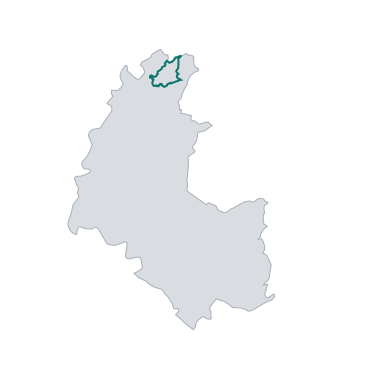 Nzerekore, Nzérékoré, Guinea shown in context, rotated 216°
{"feature_id": "49546643B90650861539484", "entity_name": "Nzerekore", "entity_type": "district", "adm_level": 2, "iso_a3": "GIN", "parent_name": "Guinea", "parent_adm1": "Nzérékoré", "projection": "natural_earth1", "projection_center": [-8.827, 7.893], "detail": "fine", "context": "in_parent", "style": "outline", "palette": "teal", "viewbox_px": 384, "rotation_deg": 216, "n_neighbors": 0, "source": "geoboundaries", "source_scale": "gbopen_adm2", "svg_char_len": 7401}
<svg xmlns="http://www.w3.org/2000/svg" viewBox="0 0 384 384"><g transform="rotate(216 192 192)"><path d="M229.6,251.3L226.9,250.8L225.7,251.4L222.1,256.2L220.0,258.1L216.7,257.5L215.5,257.9L214.6,257.3L215.8,254.7L217.5,249.4L221.9,244.1L222.0,243.0L220.2,240.0L218.3,235.7L218.3,231.2L218.0,228.0L214.1,227.1L213.4,226.5L213.3,225.4L215.5,219.8L215.7,218.6L215.4,217.6L213.0,214.7L209.3,209.4L203.0,198.5L200.6,196.2L198.3,192.8L197.5,190.7L195.1,189.9L172.9,190.1L172.5,192.9L164.8,194.9L160.1,192.7L154.9,193.9L152.3,195.4L150.3,201.8L149.2,203.1L148.1,206.0L147.0,207.6L145.9,210.7L143.4,215.2L140.7,218.1L136.3,219.7L134.9,224.4L133.8,226.2L132.1,227.5L130.3,228.4L126.6,227.5L124.6,228.4L124.2,227.2L125.4,223.5L124.5,221.5L121.0,217.6L120.7,215.7L119.6,213.3L115.0,208.3L110.8,208.6L112.0,204.4L111.9,198.9L110.5,195.8L110.9,192.7L110.1,192.9L108.6,195.1L106.3,194.4L101.6,191.1L99.3,187.9L99.0,185.1L98.5,184.1L97.1,184.6L94.1,184.6L85.2,179.7L78.9,167.5L78.8,164.7L79.7,160.0L79.5,158.7L76.6,161.9L76.0,159.7L73.8,154.8L73.2,152.0L71.1,150.7L69.4,150.5L68.0,151.5L66.2,157.2L64.9,157.2L63.6,155.9L63.9,151.7L67.4,146.3L73.2,132.8L75.3,129.7L76.6,128.6L79.3,128.5L84.6,126.7L91.1,122.4L96.1,122.8L102.0,122.3L109.7,119.4L109.8,110.3L109.6,108.2L106.8,106.4L105.3,104.9L103.9,102.8L102.3,101.4L102.3,99.9L105.7,98.0L108.8,98.0L109.9,97.2L110.7,95.9L111.6,92.7L111.9,89.2L109.9,84.6L110.0,81.3L121.2,81.8L127.4,82.7L132.5,82.9L133.3,83.7L132.5,86.9L133.2,88.7L134.9,89.3L137.7,87.0L139.2,87.5L142.4,90.3L145.3,91.1L148.5,92.6L151.5,93.4L154.2,93.3L156.2,94.8L159.9,95.3L164.8,93.4L168.6,92.5L173.9,92.3L176.7,92.9L184.9,91.3L191.3,92.2L190.3,93.3L187.4,100.6L187.7,101.9L194.2,108.0L195.7,108.5L197.5,107.6L200.3,104.8L202.5,101.7L204.7,100.2L207.1,100.3L209.1,102.5L213.7,111.6L214.9,112.8L216.0,112.7L218.1,111.0L219.1,109.0L223.4,103.0L230.0,100.0L245.8,106.9L248.2,107.4L249.5,106.9L251.5,102.8L257.5,99.4L260.3,98.4L261.9,98.3L262.6,97.2L262.9,95.5L262.5,93.8L260.7,90.7L260.6,89.8L261.7,89.2L264.0,88.7L266.9,89.0L270.2,90.4L272.9,92.3L274.4,94.6L277.4,104.2L280.7,111.8L280.6,121.9L282.1,122.9L283.7,123.4L284.4,124.2L286.0,128.3L287.6,129.5L289.4,129.8L292.8,132.5L295.0,133.6L295.3,134.4L295.2,135.5L294.4,136.9L291.1,139.7L289.4,142.0L286.1,147.8L286.0,148.8L286.7,149.6L288.1,149.8L289.6,149.4L292.7,147.3L295.1,148.0L297.5,149.6L298.3,151.3L298.5,153.4L298.0,156.3L297.9,159.4L298.7,164.7L299.9,170.1L301.2,172.0L309.0,176.7L309.7,178.5L310.1,180.5L309.6,183.2L308.8,184.7L304.5,188.9L303.8,190.9L304.2,194.6L304.5,210.3L306.2,212.9L308.2,214.2L312.9,213.5L312.7,217.8L312.1,222.7L314.9,224.2L316.2,225.7L317.0,227.1L312.7,229.7L311.4,231.2L310.8,235.3L311.0,239.0L316.8,241.7L319.1,244.8L320.1,248.1L320.4,254.3L319.9,255.7L318.4,255.7L315.4,252.0L310.9,251.6L307.6,250.8L301.9,251.3L301.0,252.4L300.3,260.6L301.7,262.0L304.4,263.6L306.1,264.2L307.6,264.0L308.7,265.0L308.9,267.7L308.2,269.7L306.7,271.6L304.9,276.3L305.3,280.6L302.1,287.5L301.2,288.9L297.0,287.5L294.3,287.1L292.3,288.8L289.6,286.1L289.1,284.0L288.1,283.6L286.2,283.6L284.6,284.8L283.8,286.9L283.4,291.4L280.4,295.6L278.2,300.8L275.7,300.3L275.2,301.0L272.5,302.3L270.3,302.7L269.7,301.3L268.3,300.2L266.8,298.0L265.2,296.2L261.9,294.9L260.7,295.5L259.2,295.3L258.2,294.6L258.3,293.5L260.0,290.8L260.9,288.3L261.5,285.5L261.5,282.9L260.6,279.3L259.1,276.3L258.8,274.6L258.9,272.2L258.6,270.0L258.1,268.8L257.5,264.6L256.6,263.8L256.1,260.4L256.3,256.9L255.0,255.6L253.1,254.6L251.9,253.2L251.2,251.7L250.5,251.3L249.9,251.4L249.3,252.3L248.7,252.5L247.5,249.2L247.1,249.1L246.3,249.9L237.2,253.5L236.1,250.4L234.3,249.8L231.3,251.1L229.6,251.3Z" fill="#d9dde1" stroke="#a8b0b8" stroke-width="1"/><path d="M276.7,260.6L276.4,260.7L276.2,260.8L276.0,261.1L275.9,261.4L275.7,261.9L275.6,262.1L275.4,262.3L275.2,262.5L275.2,262.9L274.9,263.3L274.8,263.5L275.2,264.1L275.3,264.3L275.3,264.6L275.1,265.0L274.8,265.5L274.6,265.8L274.5,266.1L274.2,266.1L274.1,266.6L274.1,266.9L274.1,267.2L274.0,267.4L273.9,267.5L273.6,267.7L273.3,267.9L273.1,268.0L272.7,268.1L272.6,267.9L272.4,268.1L272.1,268.3L272.0,268.7L272.0,269.0L271.9,269.1L271.7,269.4L271.3,269.8L271.2,269.9L270.8,270.3L270.6,270.8L270.6,271.0L269.9,272.0L269.7,272.1L269.6,272.3L269.4,272.6L269.3,272.9L269.2,273.1L269.0,273.5L268.5,273.6L268.3,274.2L268.1,274.7L267.9,274.9L267.7,275.1L267.4,275.6L267.1,276.0L266.9,276.2L267.1,276.2L267.2,276.3L267.4,276.3L267.6,276.3L267.9,276.3L268.1,276.3L268.3,276.2L268.5,276.1L268.9,275.9L269.1,275.9L269.5,275.8L270.0,275.8L270.3,275.7L270.5,275.7L270.8,275.8L271.1,275.9L271.3,275.9L271.5,276.0L272.0,276.5L272.4,276.9L272.5,277.3L272.7,277.6L272.7,277.9L272.6,278.3L272.6,278.7L272.4,278.9L272.4,279.2L272.3,279.6L272.5,279.6L272.8,279.6L273.3,279.6L273.8,279.6L274.1,279.7L274.5,279.8L275.0,280.0L275.4,280.2L275.7,280.3L275.8,280.6L275.9,280.8L275.9,281.1L276.0,281.4L276.0,281.5L276.1,281.9L276.0,282.1L276.0,282.3L276.0,282.8L276.0,283.3L276.0,283.6L276.0,284.1L276.1,284.4L276.3,284.6L276.5,284.8L276.6,285.0L276.8,285.3L277.1,285.8L277.3,286.2L277.5,286.5L277.8,286.8L277.9,287.1L278.1,287.4L278.2,287.5L278.3,287.7L278.4,287.8L278.6,287.9L278.7,288.1L278.8,288.4L278.9,288.6L279.1,288.8L279.3,289.0L279.6,289.5L279.8,289.9L280.0,290.2L280.3,290.5L280.5,290.7L280.8,290.9L281.0,291.2L281.3,291.5L281.5,291.8L281.5,292.1L281.4,292.5L281.3,292.9L281.2,293.1L281.1,293.4L280.9,293.7L281.0,293.9L281.0,294.3L280.9,294.7L280.9,294.9L280.9,295.0L281.1,294.9L281.2,295.1L281.3,295.0L281.3,294.9L281.5,294.8L281.8,294.8L282.0,294.8L282.1,294.3L282.2,293.7L282.2,293.3L282.3,293.2L282.8,293.1L283.2,292.5L283.9,291.6L284.3,291.2L284.5,290.9L284.6,290.6L284.5,290.4L284.4,290.0L284.4,289.8L284.4,289.7L284.5,289.6L284.4,289.3L284.2,289.4L284.1,289.1L284.1,288.8L284.4,287.8L284.4,287.4L284.4,287.1L284.7,286.4L284.7,286.2L284.6,285.9L284.6,285.7L284.8,285.3L285.3,284.9L285.7,284.4L285.9,283.6L286.0,283.4L286.3,283.2L286.9,283.3L287.0,283.3L288.3,283.3L289.3,283.4L289.5,283.4L289.6,283.2L289.5,281.4L289.4,281.3L289.6,280.7L289.6,280.0L289.2,279.7L288.6,279.5L288.2,279.3L288.0,278.5L288.2,277.8L288.8,277.1L288.8,276.8L288.9,276.6L289.1,276.2L289.3,275.9L289.5,275.6L289.5,275.1L289.4,274.8L289.1,274.2L289.0,273.7L289.2,273.0L289.3,272.3L289.5,271.6L290.0,270.4L290.5,269.7L290.4,269.0L290.2,268.6L289.6,267.8L289.1,267.6L289.0,267.3L289.3,266.8L289.5,266.4L289.5,266.1L289.3,265.8L289.2,265.5L289.1,265.1L289.1,264.6L289.3,264.2L289.5,263.7L289.7,263.4L290.2,263.3L290.7,262.8L291.5,262.8L292.0,262.7L292.4,262.6L293.1,262.4L293.7,262.3L293.9,261.7L293.9,261.3L293.9,261.0L293.8,260.6L293.1,259.9L293.0,260.0L292.8,260.1L292.5,260.4L292.0,260.7L291.5,260.8L291.0,260.7L290.7,260.2L290.5,260.3L290.3,260.5L290.0,260.3L289.9,260.4L289.7,260.5L289.4,260.4L289.2,260.1L289.1,259.5L289.1,259.0L288.8,258.5L288.7,257.9L288.5,257.3L288.3,257.2L288.0,256.7L287.6,256.4L287.1,256.0L286.8,255.8L286.4,255.8L285.8,255.6L285.2,255.4L284.7,255.7L284.5,255.9L284.2,256.2L284.0,256.6L283.8,257.1L283.5,257.0L283.1,256.9L282.9,257.1L282.6,257.2L282.4,257.2L282.2,257.6L281.6,257.6L281.6,257.9L281.9,258.4L281.7,258.8L281.3,258.9L280.9,259.0L280.9,259.4L281.3,260.3L281.2,260.5L280.9,261.1L280.5,261.4L280.1,261.5L279.9,261.3L279.4,261.1L279.3,260.9L279.2,260.8L278.7,260.6L278.1,260.6L277.8,260.8L277.6,260.7L277.3,260.7L277.1,260.6L276.9,260.6L276.7,260.6L276.7,260.6Z" fill="none" stroke="#0f766e" stroke-width="2"/></g></svg>